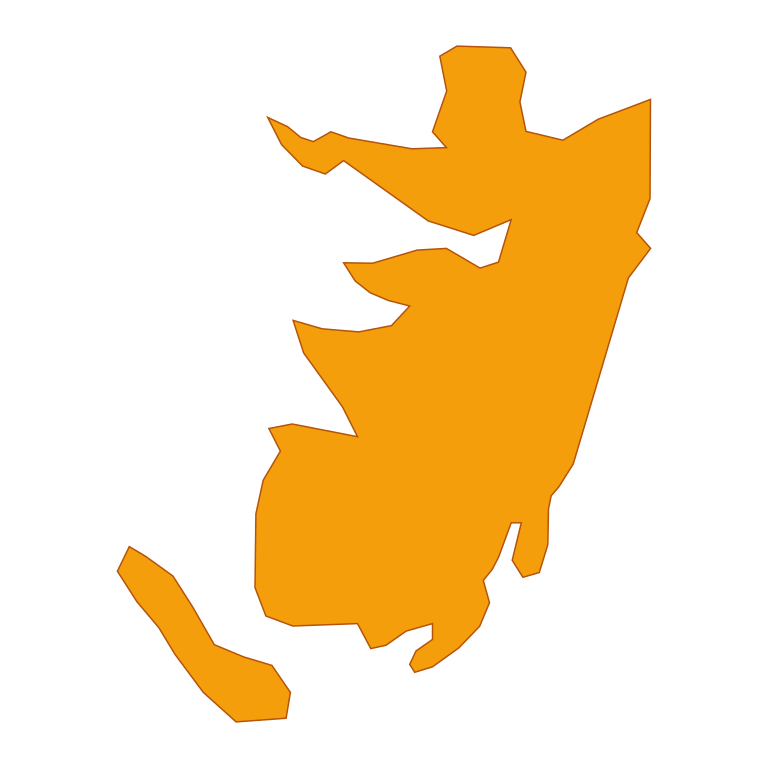 an SVG outline of Kusini-Pemba
{"feature_id": "TZA-3381", "entity_name": "Kusini-Pemba", "entity_type": "Region", "adm_level": 1, "iso_a3": "TZA", "parent_name": "United Republic of Tanzania", "parent_adm1": "", "projection": "robinson", "projection_center": [39.716, -5.317], "detail": "fine", "context": "isolated", "style": "filled", "palette": "amber", "viewbox_px": 768, "rotation_deg": 0, "n_neighbors": 0, "source": "natural_earth", "source_scale": "10m", "svg_char_len": 1302}
<svg xmlns="http://www.w3.org/2000/svg" viewBox="0 0 768 768"><path d="M650.5,99.4L650.0,198.7L636.7,232.6L650.6,248.4L628.4,277.9L573.2,464.1L558.9,486.8L551.2,495.7L548.5,509.0L547.8,544.7L539.3,572.5L522.9,577.3L512.2,560.3L521.3,522.8L511.2,522.8L498.6,557.1L492.1,569.6L483.3,580.4L489.5,602.7L479.7,626.2L458.8,647.9L432.5,666.8L414.7,672.3L409.7,664.4L416.0,651.0L432.5,639.4L432.5,623.6L406.1,631.1L386.1,645.2L370.8,648.6L357.5,623.6L292.8,626.0L265.9,616.0L255.0,587.6L255.9,513.9L263.2,480.2L280.4,451.1L268.9,428.5L292.2,424.0L357.5,436.7L342.5,406.9L303.7,353.0L293.1,320.4L322.1,328.8L358.7,331.9L391.5,325.6L409.7,306.0L388.4,300.5L370.2,292.8L355.2,281.0L343.6,262.8L372.6,263.2L417.1,250.1L446.4,248.4L480.0,268.1L498.5,262.1L511.2,219.6L473.7,235.4L428.3,221.0L343.6,160.6L325.3,174.0L302.6,166.1L281.6,144.7L267.7,117.4L287.6,126.7L300.8,137.5L313.4,141.6L330.9,131.8L348.7,138.0L412.0,148.8L446.4,147.6L432.5,131.8L446.7,91.0L439.8,56.2L456.9,46.1L510.6,47.8L526.0,72.2L519.9,101.8L526.0,131.4L562.9,140.2L598.2,119.2L650.5,99.4ZM129.3,546.6L145.7,556.4L172.9,576.0L192.5,606.7L214.3,644.7L243.6,656.9L271.9,665.4L290.4,692.4L286.1,718.2L236.1,721.9L203.4,692.5L175.1,654.5L158.8,627.6L137.0,601.8L117.4,571.2L129.3,546.6Z" fill="#f59e0b" stroke="#b45309" stroke-width="1.5"/></svg>